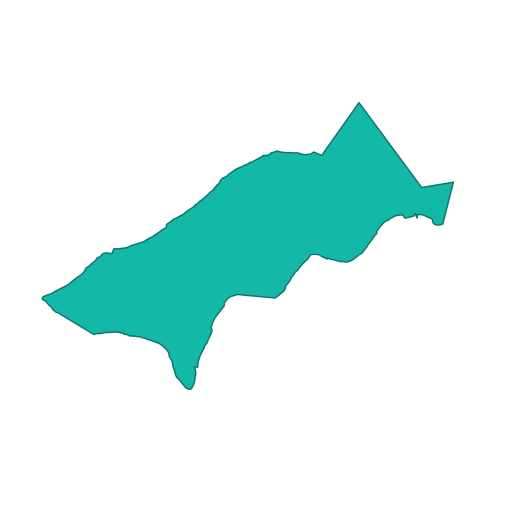 Noord-Beveland, Zeeland, Netherlands, rotated 332°
{"feature_id": "6326949B86621762707137", "entity_name": "Noord-Beveland", "entity_type": "district", "adm_level": 2, "iso_a3": "NLD", "parent_name": "Netherlands", "parent_adm1": "Zeeland", "projection": "orthographic", "projection_center": [3.771, 51.565], "detail": "fine", "context": "isolated", "style": "filled", "palette": "teal", "viewbox_px": 512, "rotation_deg": 332, "n_neighbors": 0, "source": "geoboundaries", "source_scale": "gbopen_adm2", "svg_char_len": 6097}
<svg xmlns="http://www.w3.org/2000/svg" viewBox="0 0 512 512"><g transform="rotate(332 256 256)"><path d="M435.9,315.5L464.9,283.5L434.4,273.3L418.9,169.0L361.3,198.0L359.8,196.3L358.3,194.7L357.8,193.9L357.4,193.3L357.0,192.7L356.0,191.6L355.6,191.4L355.2,191.3L352.7,191.7L352.2,191.7L347.3,189.8L346.5,189.3L345.5,188.6L344.0,187.4L342.1,185.3L341.0,184.4L338.5,183.2L335.2,181.0L334.3,180.6L332.4,179.6L328.8,177.4L326.7,175.9L324.9,174.1L323.9,173.3L323.4,173.1L323.0,173.0L320.5,172.8L319.1,172.3L317.9,172.1L316.8,172.3L315.6,172.6L314.9,172.7L314.4,172.6L312.9,172.3L311.7,171.9L310.3,171.1L309.7,170.8L309.4,170.7L309.0,170.7L306.4,171.2L302.3,171.1L297.5,171.2L296.3,171.0L294.8,170.7L293.8,170.7L290.9,170.9L288.1,170.5L285.2,170.6L282.3,170.1L280.2,170.0L277.5,170.1L273.7,170.7L271.3,170.9L270.1,171.1L268.3,171.7L267.6,171.8L266.0,171.9L262.9,171.7L262.5,171.8L261.7,172.0L260.4,172.6L257.8,174.2L257.1,174.6L255.8,175.0L254.9,175.1L253.8,175.5L251.9,176.3L249.7,177.4L249.1,177.6L245.2,178.3L242.4,179.2L238.8,180.0L234.7,181.0L234.1,181.1L231.6,181.3L231.0,181.5L229.5,182.2L229.0,182.3L226.1,182.5L223.4,183.4L222.9,183.5L221.1,183.6L219.2,183.7L217.0,184.0L214.6,184.3L211.9,185.0L209.1,185.1L205.9,185.0L204.3,185.1L202.8,185.1L201.0,184.9L199.7,185.0L198.5,185.4L197.2,185.6L193.0,186.0L192.2,186.1L191.8,186.3L191.6,186.5L191.4,186.8L190.8,187.9L190.5,188.2L190.2,188.4L189.7,188.7L184.9,189.0L180.9,189.6L179.0,189.8L174.8,190.2L173.3,190.4L172.1,190.4L169.4,190.2L168.2,190.3L165.6,190.6L164.5,190.7L163.7,190.7L158.6,189.7L156.2,189.3L150.3,188.2L147.7,188.1L146.9,188.1L146.3,188.0L145.3,187.8L140.4,186.1L137.8,185.0L136.8,184.6L134.1,183.0L133.5,183.2L132.0,184.5L131.3,185.3L131.1,185.5L130.4,185.9L129.8,186.0L129.3,185.8L128.6,185.4L125.9,183.3L124.0,182.5L123.2,182.3L122.1,182.1L121.0,182.3L119.5,182.8L118.5,183.3L117.7,183.5L116.8,183.4L115.9,183.1L114.9,183.2L111.4,184.9L110.3,185.1L107.8,185.4L105.2,186.2L104.2,186.5L100.5,186.8L100.0,187.0L99.7,187.2L98.9,187.9L97.7,188.7L96.5,189.4L93.6,190.3L92.4,190.6L87.8,191.0L85.1,191.4L82.2,192.0L77.8,193.0L73.3,193.3L71.5,193.1L68.7,193.0L65.3,193.1L63.2,192.9L60.5,193.0L57.1,193.2L56.8,193.2L55.1,192.8L52.6,192.4L50.4,192.2L49.3,192.1L48.7,192.2L47.7,192.7L47.3,193.2L47.1,193.6L47.2,194.0L47.4,194.7L47.8,195.3L48.8,196.7L49.2,197.7L49.5,199.1L49.8,200.7L50.4,203.1L51.3,204.7L51.4,205.1L51.4,207.1L51.7,208.8L52.9,211.4L53.2,211.9L53.5,212.2L54.6,213.1L54.9,213.5L55.3,214.0L55.8,215.1L55.9,215.5L76.0,249.2L79.0,249.7L79.6,250.0L80.8,250.7L82.0,251.3L84.0,251.9L87.2,253.0L87.9,253.2L88.2,253.3L89.8,254.2L92.9,255.6L94.2,256.1L95.3,256.6L97.0,257.7L98.7,258.6L99.4,259.3L100.8,260.6L102.1,261.6L102.3,261.9L102.8,263.0L103.1,263.4L103.5,263.6L104.6,264.2L105.2,264.9L106.6,266.8L107.0,267.3L107.3,267.6L108.6,268.1L109.9,269.2L111.8,270.1L113.6,271.6L115.4,272.7L116.1,273.3L117.5,274.9L118.0,275.3L119.1,276.1L120.4,277.9L122.8,280.4L124.8,282.4L125.8,283.6L126.5,284.5L127.5,285.4L128.4,286.4L128.9,287.2L130.1,288.8L130.5,289.6L131.0,291.0L131.7,292.4L132.0,293.1L132.1,294.2L132.9,296.1L133.3,297.4L133.4,298.0L133.4,298.8L133.4,300.6L133.3,301.4L133.1,302.1L133.0,302.4L132.5,303.3L132.3,303.7L132.3,304.8L132.4,305.9L132.6,307.7L132.7,308.2L132.6,308.9L132.4,309.8L132.2,310.6L131.5,312.2L131.2,313.2L130.9,314.3L130.8,314.8L130.6,316.4L130.2,319.3L129.9,320.4L129.5,321.5L129.3,322.9L129.1,324.6L129.1,325.7L129.2,326.5L130.0,329.0L130.3,330.3L132.0,338.6L132.4,339.6L132.9,340.7L133.3,341.3L135.6,343.0L135.8,343.0L137.2,342.5L138.3,341.8L141.2,339.7L142.3,338.6L143.7,336.9L145.2,334.7L145.6,334.0L146.2,333.3L146.9,332.6L147.3,332.2L147.5,331.8L148.0,330.9L148.9,327.9L149.2,327.2L150.1,325.3L152.3,326.7L154.4,323.4L155.1,322.5L156.0,321.5L158.2,319.4L158.9,318.6L160.6,317.3L163.4,315.1L165.4,314.0L167.4,312.6L168.4,311.3L168.7,311.0L170.5,310.4L171.9,309.7L173.1,308.8L176.1,306.1L177.8,305.0L180.6,302.8L181.3,302.1L182.1,301.2L182.3,300.9L182.4,300.6L182.5,299.8L182.5,298.9L182.7,298.3L183.0,297.9L185.7,295.1L190.5,291.5L194.6,289.5L196.7,288.5L199.7,287.4L202.1,286.1L204.2,285.2L204.7,284.9L205.4,284.1L205.5,283.7L205.6,283.0L205.7,282.8L205.9,282.6L209.2,281.1L210.4,280.4L211.8,280.1L212.8,280.0L214.6,279.9L215.0,279.9L219.2,280.9L221.5,281.2L230.2,287.0L253.4,302.1L255.2,301.8L256.1,301.6L257.4,301.5L258.8,301.0L261.5,300.6L263.4,300.2L264.4,299.8L265.6,299.2L266.4,298.6L267.0,297.9L267.8,296.8L268.2,296.2L271.0,295.3L274.1,293.8L277.4,291.6L277.5,291.4L278.9,290.9L282.8,288.9L284.3,288.4L285.5,288.3L285.8,288.2L288.0,287.2L289.4,286.4L293.4,284.9L296.8,283.8L299.1,283.3L300.3,283.0L303.5,281.2L304.1,280.9L304.8,280.7L305.5,280.7L307.7,281.5L310.1,282.9L311.2,283.6L312.4,284.6L312.6,284.9L313.2,286.1L314.4,288.2L315.4,289.1L316.3,290.5L317.0,291.3L317.8,292.1L318.3,291.6L321.2,294.6L321.9,295.2L322.7,295.6L323.0,296.0L323.7,296.8L324.2,297.3L324.6,297.7L325.4,298.1L325.9,298.7L326.1,299.0L326.7,299.4L327.0,299.8L327.9,300.6L329.2,301.2L331.2,302.3L332.3,303.4L332.9,303.8L334.6,304.3L336.7,304.7L339.8,304.7L343.2,304.2L347.4,303.3L349.1,303.2L350.5,303.3L351.2,303.1L353.3,302.1L354.1,301.8L356.6,300.6L358.3,299.9L359.0,299.4L359.8,298.8L361.5,298.1L363.9,296.9L366.5,295.8L368.1,294.8L368.9,294.6L369.7,294.0L370.5,293.5L371.4,293.4L372.3,293.2L373.1,292.7L374.4,291.1L375.1,290.4L378.3,288.8L381.7,287.4L382.7,287.2L383.5,286.9L386.0,286.2L386.9,286.2L387.8,286.2L388.7,286.4L390.6,286.4L391.5,286.0L392.4,285.9L395.1,286.0L396.9,286.0L397.9,286.1L399.7,286.5L400.6,286.7L403.4,287.8L404.5,288.6L405.0,289.5L405.1,290.4L405.1,291.3L405.3,292.2L406.2,292.8L408.0,293.4L410.8,294.0L413.5,294.8L414.4,294.5L415.2,294.3L415.8,293.9L416.2,293.3L416.3,293.3L416.5,293.4L416.7,293.7L416.8,294.0L416.9,294.7L416.1,296.5L415.9,297.5L416.1,297.8L416.6,297.4L417.2,296.5L418.3,295.6L419.5,295.9L421.2,297.0L422.0,297.5L422.7,298.1L423.3,298.8L427.2,303.9L427.9,304.5L428.9,306.0L428.6,307.4L427.9,309.1L428.2,310.9L428.6,311.8L429.1,312.5L429.8,313.1L430.5,313.6L431.3,314.1L432.2,314.5L433.1,314.8L435.9,315.5Z" fill="#14b8a6" stroke="#0f766e" stroke-width="1.5"/></g></svg>